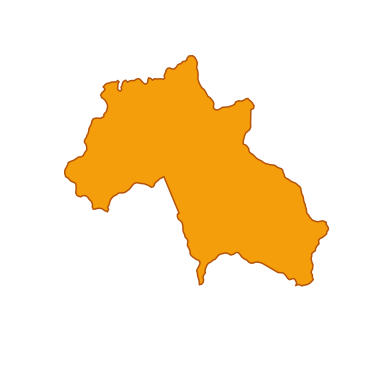 outline of Sucupira, Tocantins, Brazil, rotated 152°
{"feature_id": "56859067B48445419523046", "entity_name": "Sucupira", "entity_type": "district", "adm_level": 2, "iso_a3": "BRA", "parent_name": "Brazil", "parent_adm1": "Tocantins", "projection": "albers", "projection_center": [-48.827, -12.089], "detail": "fine", "context": "isolated", "style": "filled", "palette": "amber", "viewbox_px": 384, "rotation_deg": 152, "n_neighbors": 0, "source": "geoboundaries", "source_scale": "gbopen_adm2", "svg_char_len": 5066}
<svg xmlns="http://www.w3.org/2000/svg" viewBox="0 0 384 384"><g transform="rotate(152 192 192)"><path d="M133.0,312.7L135.1,310.9L137.1,310.8L139.1,311.6L141.3,310.5L143.2,311.0L144.9,310.9L146.9,309.8L150.0,308.9L152.1,310.2L153.2,311.8L155.3,312.6L157.5,311.8L159.7,309.6L161.9,307.9L162.6,305.3L164.8,305.1L166.4,306.6L169.6,308.1L172.0,309.6L174.2,309.3L175.1,311.6L176.7,313.1L178.2,311.8L179.4,309.8L181.4,308.9L183.0,309.6L184.1,312.0L184.6,314.3L185.0,316.0L186.3,317.3L188.2,317.7L190.7,317.5L192.6,318.6L194.5,319.3L197.3,319.3L198.2,321.9L200.6,321.8L202.7,320.4L203.5,318.9L205.4,317.9L206.1,315.3L208.0,314.8L209.1,316.3L209.4,318.0L207.9,320.0L206.8,322.1L204.7,323.5L205.2,325.2L207.4,324.9L209.7,326.0L211.8,326.9L214.1,327.1L216.3,327.9L218.3,327.5L221.1,326.5L220.4,324.2L221.6,322.8L224.7,322.0L226.9,320.7L227.5,318.0L226.3,315.7L225.6,313.4L225.6,310.9L225.7,308.8L226.7,306.6L228.3,304.8L229.8,303.2L231.8,302.6L233.4,301.8L234.5,300.0L236.4,300.0L238.5,300.1L240.5,301.5L242.4,302.5L245.0,302.9L246.9,301.7L248.8,299.5L250.9,297.9L252.3,297.0L253.7,295.7L255.0,293.8L256.2,292.5L257.8,291.6L259.3,290.0L261.1,289.1L262.6,288.0L263.6,286.4L263.2,283.8L263.8,281.5L264.4,279.8L265.4,278.4L267.5,277.5L269.6,276.2L271.0,275.2L273.4,275.1L275.5,276.1L277.9,276.0L279.9,275.6L281.7,275.6L283.7,275.8L285.7,276.1L287.5,276.0L288.6,274.7L290.6,273.3L293.5,271.4L295.1,269.4L295.8,267.5L296.3,264.8L294.8,262.3L294.3,259.8L293.2,257.5L291.4,255.6L290.8,253.5L291.6,251.6L292.4,250.1L293.2,248.4L294.8,246.4L295.3,243.8L294.3,241.6L292.3,239.9L290.2,240.0L288.7,239.4L287.1,237.9L286.4,235.9L286.2,233.6L285.4,231.3L285.3,229.5L285.8,227.6L287.1,225.5L287.2,223.1L285.2,222.3L283.5,222.0L281.2,221.1L279.2,219.3L278.2,217.3L277.1,215.6L276.0,214.3L273.9,215.6L273.9,217.9L272.4,218.8L270.4,220.5L268.8,222.4L266.8,223.8L264.3,224.9L262.0,225.1L259.8,225.0L258.0,225.5L256.2,225.1L254.4,224.2L252.1,223.2L249.6,223.3L246.5,223.8L244.6,224.4L242.7,225.3L241.0,226.0L239.4,226.6L237.2,226.4L235.2,225.3L233.8,224.0L232.2,222.9L230.1,221.5L228.9,219.9L227.5,218.6L226.7,217.1L225.7,215.3L224.0,214.9L222.4,215.5L220.6,217.2L218.0,217.9L216.0,218.3L214.1,218.8L212.4,218.7L209.6,218.7L213.4,179.3L215.3,179.2L216.5,177.1L216.8,174.4L215.8,172.3L215.1,169.8L215.8,167.0L216.6,165.1L217.7,163.0L218.4,160.6L218.5,158.0L219.2,155.1L218.4,152.9L218.5,151.0L219.9,148.9L221.3,146.7L221.2,144.9L221.2,142.9L221.6,140.5L222.6,138.7L222.6,136.4L221.9,134.4L221.0,132.7L220.1,130.8L218.7,129.2L217.8,127.2L218.4,125.3L219.6,124.1L221.1,123.0L223.0,121.7L224.8,120.4L225.3,117.9L226.5,115.1L227.0,112.0L227.8,109.1L229.0,106.7L226.9,106.1L224.4,107.1L222.9,109.1L222.4,111.6L220.5,113.3L218.1,114.4L217.7,116.1L216.0,118.0L213.3,120.3L211.0,121.4L209.1,121.3L207.0,121.6L205.2,122.0L202.9,121.8L200.8,122.7L198.5,123.6L196.0,123.9L194.0,123.2L191.9,122.8L190.2,121.8L188.9,120.6L187.4,118.2L184.5,117.5L181.8,117.9L179.7,117.0L179.0,114.5L178.6,111.3L177.4,108.6L175.5,106.0L174.8,103.4L173.3,101.4L171.2,100.5L168.8,100.3L167.0,99.3L165.4,98.1L163.9,96.6L162.8,95.1L161.7,93.3L153.9,80.6L151.9,79.2L149.9,78.1L148.9,76.1L148.3,73.8L148.2,71.7L147.4,69.1L145.8,68.5L143.7,68.3L142.3,67.1L142.1,64.8L142.4,62.4L144.1,60.8L141.5,60.3L140.0,59.0L138.9,57.4L137.2,57.3L135.7,56.7L133.8,56.2L131.3,56.1L128.5,56.8L126.0,57.7L125.9,59.9L124.6,62.3L124.8,64.7L123.4,66.4L121.8,67.3L120.7,69.0L119.3,71.2L119.2,73.4L118.6,75.6L118.0,77.5L116.7,78.8L115.1,81.4L112.8,82.1L110.8,82.2L109.5,84.0L107.8,85.2L105.9,86.1L104.1,86.7L103.7,88.3L102.5,90.2L100.6,90.8L98.4,90.6L95.1,91.2L92.9,91.8L91.6,93.6L89.1,94.9L88.4,96.8L88.5,98.7L88.7,100.5L87.7,102.1L88.8,103.8L90.5,105.4L93.1,106.1L95.2,106.8L97.2,108.7L98.9,110.6L99.5,113.1L99.9,115.1L99.9,116.9L100.6,119.2L99.8,121.5L99.0,123.5L98.6,126.0L97.9,127.8L97.9,129.7L97.4,132.1L96.5,134.3L96.0,136.5L96.0,138.6L95.4,140.7L94.9,142.6L94.2,144.3L94.4,146.4L95.4,148.4L96.0,150.3L97.2,152.2L99.0,154.2L99.8,155.7L101.0,158.1L102.5,160.2L103.0,161.9L102.4,164.3L102.4,166.8L101.7,168.6L102.1,170.5L104.0,172.5L105.4,174.4L106.0,176.1L107.5,177.6L109.6,179.0L112.0,181.0L114.0,182.9L115.1,184.8L116.0,186.7L117.6,188.9L119.0,191.1L119.7,193.0L120.2,194.9L120.8,196.8L121.8,198.4L122.4,200.1L122.4,201.8L121.6,203.5L121.8,205.6L122.4,208.1L124.2,210.2L123.4,212.1L122.4,213.5L121.0,214.9L119.3,216.9L116.8,218.9L114.1,219.5L112.0,219.9L109.5,221.9L108.4,224.5L101.4,237.0L98.4,236.9L96.7,239.0L96.9,242.0L97.2,244.0L98.0,245.5L98.8,248.4L100.9,248.9L103.2,248.8L105.5,248.9L107.9,250.6L111.1,251.0L113.1,249.5L115.3,249.3L117.9,249.7L120.3,250.3L121.9,250.9L123.6,251.7L125.5,252.5L127.5,252.3L129.3,252.2L131.1,252.6L132.8,253.7L133.6,256.1L132.4,258.2L131.2,259.7L130.9,262.1L131.3,265.0L132.0,267.2L133.0,268.8L133.1,271.4L133.0,274.1L133.2,276.6L134.5,279.8L134.6,282.3L134.5,284.2L134.3,286.3L133.8,288.9L132.6,291.0L131.4,292.9L130.7,294.9L129.9,296.9L129.9,298.9L128.8,300.6L127.6,302.1L126.5,303.8L126.3,306.4L126.3,309.7L127.6,312.1L130.7,313.5L133.0,312.7Z" fill="#f59e0b" stroke="#b45309" stroke-width="1.5"/></g></svg>